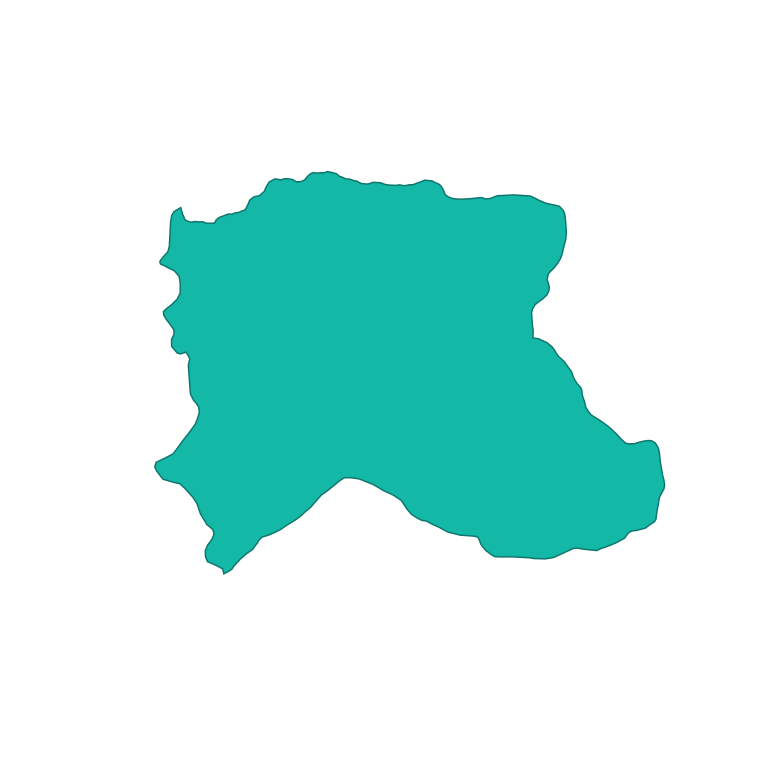 Thangrong, Mongar, Bhutan, rotated 151°
{"feature_id": "84629894B4520468763677", "entity_name": "Thangrong", "entity_type": "district", "adm_level": 2, "iso_a3": "BTN", "parent_name": "Bhutan", "parent_adm1": "Mongar", "projection": "albers", "projection_center": [91.336, 27.203], "detail": "fine", "context": "isolated", "style": "filled", "palette": "teal", "viewbox_px": 768, "rotation_deg": 151, "n_neighbors": 0, "source": "geoboundaries", "source_scale": "gbopen_adm2", "svg_char_len": 4359}
<svg xmlns="http://www.w3.org/2000/svg" viewBox="0 0 768 768"><g transform="rotate(151 384 384)"><path d="M278.7,135.2L273.1,134.8L271.1,134.3L263.6,133.2L258.0,132.6L248.4,132.5L242.9,135.1L238.7,135.4L234.1,133.5L225.2,131.2L221.6,131.8L214.1,132.5L211.7,133.9L207.2,140.1L202.9,145.2L198.2,151.2L189.9,156.7L187.5,159.6L185.6,164.9L184.4,169.7L182.4,175.3L179.8,182.7L177.0,189.1L175.1,194.8L175.3,200.8L177.5,204.7L180.6,206.6L184.9,208.2L189.2,209.4L193.7,210.3L199.0,213.0L201.3,215.1L202.3,217.8L203.4,221.1L205.1,228.3L208.4,238.2L210.1,241.8L212.1,246.1L215.4,252.1L217.7,256.3L218.5,260.3L218.7,264.0L218.7,266.4L217.2,271.1L216.6,275.1L215.8,278.5L214.1,282.5L213.6,285.5L214.9,290.5L215.2,296.3L214.9,298.9L214.2,302.4L214.1,305.1L214.9,310.4L215.3,315.3L216.6,319.6L217.9,323.3L218.4,327.6L218.4,330.5L219.0,334.9L221.5,341.3L224.7,345.5L226.9,348.7L231.4,352.0L227.5,358.7L225.2,364.7L222.9,369.5L220.5,374.6L218.0,377.4L213.6,380.1L209.0,380.9L202.9,381.7L198.4,382.9L194.8,385.4L192.3,388.9L191.5,392.3L190.7,396.2L187.8,399.7L186.6,400.8L183.3,401.9L178.7,403.2L173.8,405.3L169.0,408.0L165.7,410.8L161.6,415.4L155.1,422.2L151.3,427.7L147.9,434.7L144.8,441.7L143.5,445.3L143.0,448.4L144.0,452.5L144.4,454.3L147.5,457.3L151.9,461.0L154.7,463.6L156.5,465.8L159.3,469.4L161.4,472.6L163.2,475.1L164.9,477.5L173.4,483.0L178.9,486.5L186.5,490.2L193.2,493.5L197.6,494.3L200.2,494.5L202.7,495.4L205.6,496.8L207.9,499.4L209.9,500.6L214.0,502.2L218.8,504.3L226.9,508.2L231.4,511.0L234.4,513.3L236.9,516.3L238.8,520.1L238.4,521.5L238.1,524.2L238.0,527.1L238.2,529.6L239.0,532.0L240.8,534.3L243.5,538.3L249.7,542.6L253.6,542.9L257.1,543.6L261.9,544.2L265.3,546.0L268.1,546.8L270.8,548.0L273.8,550.6L277.8,552.2L279.7,553.4L282.8,555.3L286.3,558.0L289.3,561.6L293.0,563.9L295.4,565.5L300.8,566.6L303.2,567.9L306.7,570.4L309.4,574.6L312.2,576.9L314.6,579.8L317.6,581.5L320.5,585.4L322.5,587.6L323.5,590.7L326.1,593.4L328.5,595.5L330.4,597.2L333.7,597.7L337.1,599.6L340.1,600.7L343.5,603.3L346.7,603.5L350.6,602.6L354.6,600.9L358.5,601.3L360.3,602.1L362.7,603.4L364.9,607.2L368.3,609.9L371.1,611.7L375.3,612.5L377.1,614.1L380.0,616.3L381.7,616.3L386.3,616.4L391.7,613.4L395.3,610.5L399.0,609.7L401.8,609.1L406.6,610.7L409.8,610.4L412.5,609.8L414.6,608.0L416.5,606.5L421.2,603.6L424.2,604.2L426.5,604.3L428.8,604.8L431.6,605.9L434.7,606.3L436.2,607.3L438.5,608.3L441.8,608.7L447.7,609.6L451.6,608.7L453.6,607.0L456.1,607.7L458.4,609.0L461.5,610.9L463.9,613.8L467.3,615.5L470.7,617.9L474.1,618.9L476.4,621.1L477.7,622.9L478.5,624.4L477.9,628.0L477.9,629.9L476.3,636.8L483.8,636.6L487.8,634.5L492.0,629.3L505.2,608.2L509.0,604.4L516.2,602.0L520.6,599.9L521.3,597.4L519.4,594.8L515.7,589.2L512.5,584.7L511.0,577.4L513.4,571.0L518.2,562.2L523.8,558.5L531.0,556.4L537.0,555.5L541.8,554.3L543.2,551.2L543.0,545.4L542.1,539.4L541.5,533.5L543.4,529.4L548.2,526.0L551.5,519.9L549.9,511.6L547.7,509.1L541.6,507.7L541.5,503.4L541.6,500.3L546.0,495.3L551.7,483.1L554.8,476.5L558.1,469.1L558.5,461.9L557.6,458.8L557.3,453.8L559.2,448.8L564.9,443.3L568.4,440.5L576.5,436.6L588.1,431.7L597.2,427.4L602.2,425.2L610.0,425.3L621.2,426.0L624.7,422.6L625.0,417.9L623.5,407.9L615.8,400.1L610.9,395.7L608.8,389.4L606.1,377.8L605.5,370.3L607.5,359.3L607.0,346.8L604.3,339.9L605.0,336.1L606.8,333.9L610.6,331.2L616.2,328.7L621.0,325.0L623.8,319.7L624.5,314.1L621.4,310.4L617.4,304.7L614.7,300.3L616.1,295.6L610.0,295.5L606.9,295.8L603.7,297.5L602.2,297.9L600.0,298.8L597.9,299.4L596.2,299.9L594.5,300.6L591.9,301.1L590.0,301.5L586.9,302.2L584.8,302.4L582.9,302.6L581.1,302.7L578.5,303.2L576.8,304.2L574.0,305.5L571.9,306.3L569.9,307.6L567.7,308.4L564.8,309.2L557.7,307.7L550.8,307.1L544.3,306.9L539.4,307.5L527.3,308.1L521.0,308.9L514.9,310.4L507.6,311.8L501.3,314.2L492.6,317.3L486.7,317.9L477.6,319.4L469.1,321.0L464.0,321.2L458.4,318.1L451.7,313.0L446.0,306.1L442.4,301.6L438.9,295.9L436.7,291.9L433.4,287.4L429.6,282.1L427.0,277.0L425.3,273.7L425.1,270.5L424.5,262.9L423.1,256.6L419.9,250.5L417.0,246.4L413.4,243.6L409.3,237.3L405.3,232.0L399.8,223.4L395.9,219.8L390.7,214.9L386.2,212.0L378.5,206.9L376.1,204.3L376.3,201.2L376.9,197.2L376.5,193.3L375.7,189.2L373.0,182.9L370.9,179.4L366.1,176.4L355.4,170.5L341.6,161.9L337.2,158.5L327.6,152.8L319.7,150.0L298.0,148.4L295.1,147.2L289.6,142.8L281.1,136.9L278.7,135.2Z" fill="#14b8a6" stroke="#0f766e" stroke-width="1.5"/></g></svg>